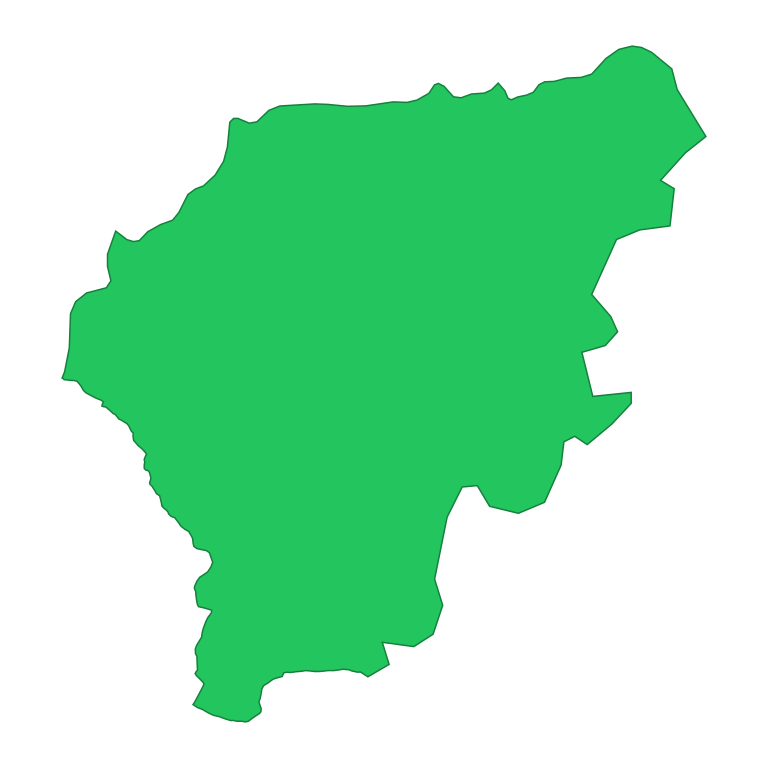 Yeghegnadzor, Vayots Dzor, Armenia (orthographic projection)
{"feature_id": "60910142B56159953902843", "entity_name": "Yeghegnadzor", "entity_type": "district", "adm_level": 2, "iso_a3": "ARM", "parent_name": "Armenia", "parent_adm1": "Vayots Dzor", "projection": "orthographic", "projection_center": [45.236, 39.785], "detail": "fine", "context": "isolated", "style": "filled", "palette": "green", "viewbox_px": 768, "rotation_deg": 0, "n_neighbors": 0, "source": "geoboundaries", "source_scale": "gbopen_adm2", "svg_char_len": 3455}
<svg xmlns="http://www.w3.org/2000/svg" viewBox="0 0 768 768"><path d="M115.7,231.1L107.5,254.2L107.5,266.4L110.9,280.8L106.3,287.8L86.7,292.9L75.7,301.6L70.5,313.7L69.3,347.9L64.6,371.8L62.1,378.0L62.7,378.2L64.2,379.7L65.3,379.7L69.4,380.3L73.8,380.5L76.9,381.2L79.3,383.9L81.4,386.7L82.7,389.3L84.1,391.1L86.1,392.9L89.4,394.7L96.1,398.2L101.4,400.3L103.4,401.9L102.1,404.8L101.9,406.1L103.6,406.7L105.9,407.0L107.6,408.5L109.7,410.3L113.0,413.4L115.2,414.5L117.4,417.1L118.6,418.9L121.4,420.2L124.6,422.2L127.0,423.7L128.8,425.9L129.7,427.9L131.5,431.4L133.2,432.9L133.0,436.5L133.7,440.5L135.1,442.0L138.2,445.7L142.0,448.8L145.1,452.2L146.6,454.3L145.6,455.9L144.2,459.4L144.7,462.1L144.2,465.4L144.3,468.5L145.8,470.1L148.2,470.7L149.4,472.3L150.3,475.5L150.9,478.4L149.6,482.9L150.1,484.4L151.9,486.1L154.5,490.1L156.5,493.7L159.3,495.6L159.7,495.9L160.2,498.0L160.3,498.3L161.4,502.9L161.9,506.0L163.9,508.2L165.9,509.7L167.9,511.9L168.6,513.9L171.1,516.4L172.5,516.9L174.8,517.7L176.0,519.4L178.0,521.9L180.9,526.1L184.6,529.1L188.6,531.4L190.9,535.1L192.5,538.2L192.8,540.2L193.1,543.1L193.8,546.3L196.9,548.6L200.5,549.4L202.9,549.9L206.2,550.5L209.4,552.7L210.9,557.1L211.0,557.5L212.7,562.2L211.0,566.8L207.6,572.0L199.9,577.1L197.0,581.0L194.6,586.4L194.4,588.4L195.7,591.6L195.9,595.0L196.7,600.9L197.6,605.1L198.7,606.7L203.6,607.8L208.2,609.1L211.6,610.2L211.4,612.8L208.0,617.3L205.8,621.7L203.4,628.1L202.1,633.0L201.6,637.2L199.7,640.3L196.6,645.4L195.3,649.1L195.5,653.7L197.0,656.4L197.0,657.3L197.0,658.8L197.1,661.7L197.3,666.3L197.5,670.1L196.2,671.6L195.1,673.6L196.4,675.6L199.8,678.9L203.4,682.7L203.8,684.4L202.7,686.9L199.2,693.7L194.5,702.4L193.4,704.0L193.0,704.6L197.4,707.5L202.7,709.6L208.3,712.9L213.5,715.3L219.4,716.7L225.9,719.1L228.1,719.7L230.8,720.6L233.2,720.4L237.4,721.3L241.2,721.2L245.7,721.9L248.5,721.2L251.6,718.8L255.8,715.9L259.4,713.6L260.9,711.7L261.2,708.6L260.1,705.5L258.9,702.0L260.2,698.4L261.1,693.8L261.8,689.1L263.5,685.8L265.7,684.3L267.8,683.1L270.0,681.4L273.1,679.2L276.6,678.0L279.9,677.1L282.2,676.5L283.0,674.7L283.7,672.9L286.6,672.2L290.2,672.5L297.2,671.6L301.5,671.3L305.5,670.6L309.5,670.9L314.6,671.5L319.0,671.5L322.1,671.3L327.7,670.6L333.7,670.6L337.7,670.1L343.2,669.2L349.0,669.8L352.3,671.1L353.9,671.4L357.6,672.2L360.5,672.0L367.9,676.8L389.1,664.4L382.3,642.3L413.8,646.6L433.1,634.2L442.7,605.3L434.6,579.1L447.1,517.2L462.2,487.0L477.3,485.6L489.6,506.3L518.4,513.3L544.5,502.3L561.1,465.2L563.9,441.8L574.8,436.3L587.2,444.6L611.9,424.0L631.2,403.4L631.2,392.4L592.8,396.4L581.9,352.3L605.3,345.5L617.6,331.8L610.8,316.6L591.7,294.5L616.5,239.5L639.8,229.9L670.0,225.9L674.2,188.7L660.5,180.4L685.3,152.9L705.9,136.5L677.2,89.6L671.8,68.9L651.6,52.3L641.6,47.5L632.1,46.1L618.8,49.4L606.0,58.4L591.7,74.1L581.2,77.4L566.5,78.1L554.2,81.4L544.7,81.8L539.0,84.7L533.3,92.3L526.6,95.1L517.6,97.0L511.4,99.8L508.1,98.4L504.8,90.8L504.4,90.3L498.2,83.1L491.5,89.8L484.4,93.1L471.5,94.0L461.1,97.8L453.5,96.8L444.0,86.3L438.3,83.4L434.5,84.9L428.8,93.4L416.9,100.1L407.0,102.4L393.2,101.9L365.6,105.9L347.6,106.3L329.7,104.6L329.1,104.5L327.7,104.4L314.8,103.9L279.8,106.0L268.8,110.4L256.9,121.8L249.3,123.2L237.9,118.4L233.6,118.4L229.8,122.2L227.4,147.0L223.6,161.3L215.2,175.0L203.5,185.9L195.7,188.8L187.9,194.5L178.8,212.6L172.6,220.2L160.7,224.5L147.9,231.6L139.3,240.6L133.6,241.6L127.0,239.7L115.7,231.1Z" fill="#22c55e" stroke="#15803d" stroke-width="1.5"/></svg>